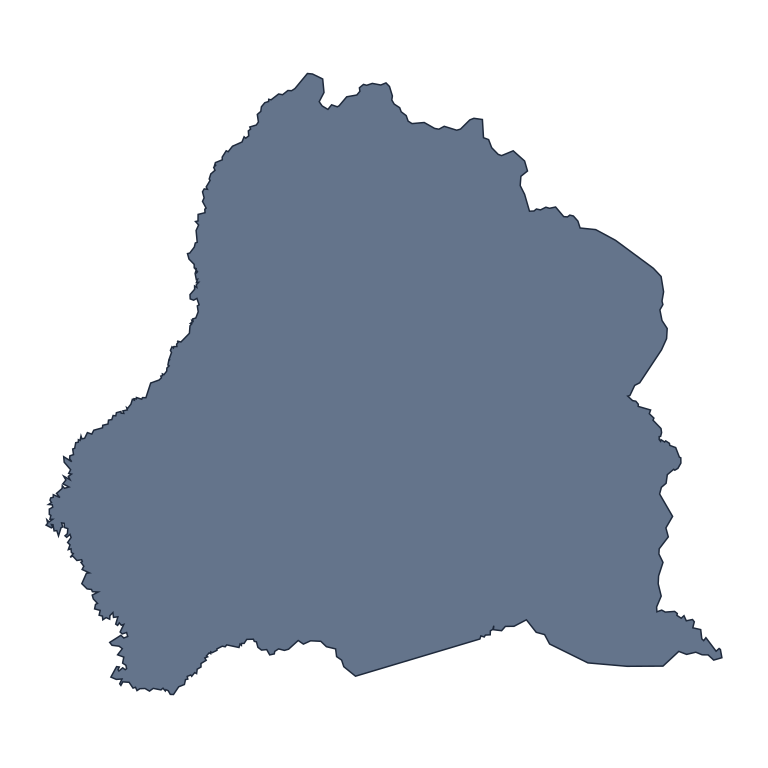 the district of Kalumbila, North-Western, Zambia
{"feature_id": "96606910B30237809157373", "entity_name": "Kalumbila", "entity_type": "district", "adm_level": 2, "iso_a3": "ZMB", "parent_name": "Zambia", "parent_adm1": "North-Western", "projection": "natural_earth1", "projection_center": [25.402, -12.363], "detail": "fine", "context": "isolated", "style": "filled", "palette": "slate", "viewbox_px": 768, "rotation_deg": 0, "n_neighbors": 0, "source": "geoboundaries", "source_scale": "gbopen_adm2", "svg_char_len": 6015}
<svg xmlns="http://www.w3.org/2000/svg" viewBox="0 0 768 768"><path d="M322.7,79.0L312.5,74.0L307.4,73.5L294.9,88.6L291.6,90.7L287.9,90.5L282.6,94.7L278.6,94.0L271.1,99.8L268.7,99.3L268.6,101.5L264.8,102.7L261.4,106.8L260.8,111.4L257.3,114.4L258.4,122.0L256.3,125.0L249.8,127.0L250.6,129.1L248.3,130.9L248.7,135.9L245.7,138.2L244.1,136.8L242.0,142.0L232.5,146.2L228.2,151.7L226.2,150.8L222.2,157.1L222.3,159.8L215.4,162.6L214.6,165.3L216.1,164.8L213.7,167.4L215.0,170.3L210.8,173.9L209.2,179.0L210.1,180.4L206.2,186.9L207.4,189.3L204.2,188.9L202.5,191.8L204.1,197.9L202.5,201.4L206.1,208.1L204.8,209.2L205.0,212.7L198.1,214.4L198.0,221.0L195.5,221.5L198.6,225.0L196.1,230.5L197.2,242.3L195.3,243.0L194.3,247.1L189.7,253.1L187.5,253.6L189.0,259.1L194.2,264.4L194.2,267.8L196.8,268.8L195.2,268.9L197.5,271.7L196.7,272.8L195.8,271.1L195.1,273.5L196.3,279.6L197.6,279.2L196.4,282.5L198.6,282.3L196.3,284.8L196.8,287.4L194.6,286.0L194.6,289.3L190.0,294.6L190.2,298.9L193.6,300.2L196.9,298.4L199.1,304.8L197.3,305.9L198.2,311.8L195.8,318.0L192.7,318.9L193.0,321.1L191.8,320.4L192.2,322.1L190.4,323.4L191.7,323.9L190.0,325.8L189.4,333.3L180.9,342.0L177.2,341.0L178.3,342.0L176.6,344.2L176.9,346.5L173.8,346.6L173.4,348.0L172.0,346.8L170.4,350.4L171.5,352.5L169.1,359.3L170.1,360.1L168.9,359.8L167.9,365.0L169.1,365.9L166.9,368.0L166.7,371.1L164.0,374.6L162.4,373.9L162.5,375.6L160.8,376.1L161.4,377.8L159.1,380.0L150.7,383.0L145.9,397.7L142.5,397.6L141.7,399.2L136.4,397.5L136.3,398.9L134.0,398.7L134.3,400.1L132.4,399.3L130.9,404.2L127.6,408.4L126.7,407.7L127.3,409.9L122.9,410.9L123.8,413.4L121.2,413.2L120.9,411.5L116.4,412.7L115.8,415.8L113.1,415.5L111.8,419.6L108.5,420.1L108.0,424.0L102.7,425.3L102.5,427.8L93.8,430.2L91.8,434.1L87.4,432.6L84.6,438.3L81.9,438.8L81.0,436.0L80.1,440.4L78.4,439.7L78.3,442.2L75.7,442.7L74.7,448.3L72.7,449.0L73.5,454.6L69.9,455.8L69.6,458.6L71.7,461.7L63.7,456.7L64.2,462.2L70.6,469.7L68.7,473.4L71.5,474.1L68.3,476.4L70.0,479.7L63.7,476.2L65.9,480.0L62.9,483.8L69.0,487.0L64.5,488.3L62.3,485.8L62.1,488.5L56.5,493.4L59.9,497.5L53.3,494.7L53.2,497.3L50.7,497.9L50.0,500.2L51.5,502.5L48.5,504.5L52.3,504.8L52.7,507.2L49.3,509.1L49.3,514.4L50.9,515.4L49.9,519.2L52.7,519.3L49.1,521.9L46.9,519.8L47.7,523.3L46.1,525.1L51.4,527.9L52.7,527.1L51.4,524.5L53.0,524.7L54.1,530.9L56.8,530.6L58.5,535.9L61.0,527.8L62.7,526.9L61.6,522.9L64.2,523.3L64.4,527.5L67.8,528.6L67.4,533.7L65.0,535.8L66.7,537.3L70.0,534.4L71.1,537.5L67.6,542.5L70.0,544.8L68.3,549.6L71.0,548.8L71.4,552.6L73.3,553.6L70.2,557.3L72.7,556.0L76.9,560.5L81.6,559.7L82.3,561.6L80.9,562.3L83.8,566.2L82.1,569.5L89.4,572.9L86.4,573.3L81.8,583.7L87.1,588.9L91.5,589.5L92.4,591.7L98.2,592.0L92.2,595.1L93.3,598.9L97.5,603.4L95.5,604.4L94.6,608.9L100.2,610.4L99.1,615.2L102.4,616.1L102.8,619.8L106.1,617.6L109.7,619.2L109.9,615.6L112.9,612.6L113.5,617.4L117.9,616.8L115.7,624.1L117.6,625.4L119.3,622.9L121.3,625.2L123.8,624.4L120.1,632.0L122.2,633.9L126.6,632.5L127.7,636.5L123.8,638.0L120.9,635.3L109.7,642.4L112.0,645.3L119.1,646.2L122.3,648.7L117.6,654.8L123.8,657.1L122.6,663.1L125.9,665.3L126.6,668.6L125.2,669.7L122.7,667.8L118.9,671.0L118.0,669.7L119.3,667.0L116.6,666.6L110.9,677.1L116.3,679.4L122.0,679.0L119.7,683.8L120.9,685.4L122.8,681.9L129.1,682.3L133.0,688.1L135.5,687.3L137.0,690.6L139.9,688.7L145.0,688.5L149.5,691.1L153.2,688.4L161.0,689.9L163.0,688.2L165.3,691.0L165.9,689.7L168.2,690.7L170.3,694.4L173.5,694.5L178.7,686.8L184.4,684.5L185.5,679.6L187.8,679.1L187.2,676.4L190.8,675.0L191.7,676.3L194.7,672.6L196.6,673.6L197.2,669.2L201.0,667.0L201.0,663.5L206.2,660.3L204.8,657.9L207.6,656.8L206.5,655.9L209.1,652.9L210.7,653.7L210.8,651.9L212.1,652.7L217.0,650.3L216.9,648.9L222.3,646.2L225.2,646.8L226.7,644.9L239.0,647.5L240.0,644.1L241.4,645.3L241.5,643.4L244.1,643.4L246.7,639.4L253.4,639.2L254.3,641.4L256.4,641.8L257.9,647.3L261.5,650.1L266.7,649.6L269.7,654.9L274.3,653.9L274.7,651.4L278.6,648.9L284.4,650.4L288.6,649.2L298.2,640.5L303.4,644.1L310.6,640.8L320.8,641.3L326.4,646.7L335.6,648.9L336.6,656.6L341.6,660.1L343.8,666.7L355.5,676.2L479.9,639.0L480.9,635.9L484.2,637.0L485.4,635.1L490.2,634.8L490.4,630.8L492.8,629.4L493.8,625.7L493.4,629.7L501.6,630.7L505.4,626.4L514.0,626.3L526.4,619.8L536.2,632.3L544.6,634.6L549.6,644.0L587.9,662.9L627.0,666.3L663.0,666.1L678.8,651.4L686.6,654.4L695.8,652.2L702.1,654.8L708.1,654.9L713.7,660.1L721.9,657.7L720.4,649.5L719.1,648.5L716.1,651.2L705.9,637.7L703.7,640.6L701.8,638.8L700.7,629.6L692.8,627.8L694.3,621.8L692.5,619.5L686.3,620.8L684.0,615.7L681.2,618.2L676.9,615.4L677.3,613.5L674.6,611.4L665.3,612.1L661.7,610.1L656.9,611.8L656.6,607.0L661.2,596.1L658.2,583.8L658.6,575.9L663.0,562.4L658.9,554.0L659.2,548.8L668.3,536.9L665.9,527.9L672.6,516.4L659.6,494.0L661.4,487.3L666.1,483.3L667.3,474.7L673.7,469.3L674.8,470.2L677.9,468.4L680.9,463.1L680.8,457.8L679.4,457.2L675.7,447.6L669.8,445.4L669.4,443.3L665.7,440.9L664.6,442.0L661.0,439.7L660.6,441.3L659.2,439.6L659.2,436.6L660.6,436.4L661.6,432.6L661.0,428.5L653.0,420.2L653.9,418.1L649.3,413.7L650.6,410.0L638.2,406.4L638.3,404.2L635.8,401.2L632.6,400.6L627.7,396.1L629.9,395.5L634.7,385.4L639.7,382.8L661.5,349.9L666.6,338.6L667.2,328.5L662.0,320.5L659.9,309.9L662.9,304.6L662.0,301.1L663.6,291.8L661.1,276.5L653.4,268.3L615.5,240.3L595.7,229.6L580.1,228.0L577.9,221.1L573.4,216.0L569.8,215.1L567.5,216.9L563.7,216.6L555.6,207.0L549.5,208.3L545.9,207.2L540.5,209.9L536.4,209.0L534.0,211.0L529.5,211.2L524.6,194.3L520.2,185.6L520.9,176.3L527.5,171.0L524.6,161.0L513.2,150.8L501.6,155.6L498.2,154.4L491.7,147.7L488.6,139.6L483.5,137.7L482.4,119.5L473.9,118.3L469.8,119.9L460.5,129.1L456.7,130.2L444.2,126.3L438.9,129.2L434.6,128.4L424.2,122.5L412.0,123.6L408.1,121.1L406.2,115.6L401.2,111.8L399.7,107.7L394.2,104.1L391.8,100.0L392.4,96.0L389.5,86.5L386.0,82.9L380.8,85.0L372.3,83.4L366.7,85.3L363.5,84.4L359.4,87.8L359.9,91.3L356.8,95.0L346.7,96.8L339.1,105.8L337.3,106.8L331.6,104.8L327.9,109.4L322.1,105.9L319.2,101.7L324.0,92.5L322.7,79.0Z" fill="#64748b" stroke="#1e293b" stroke-width="1.5"/></svg>